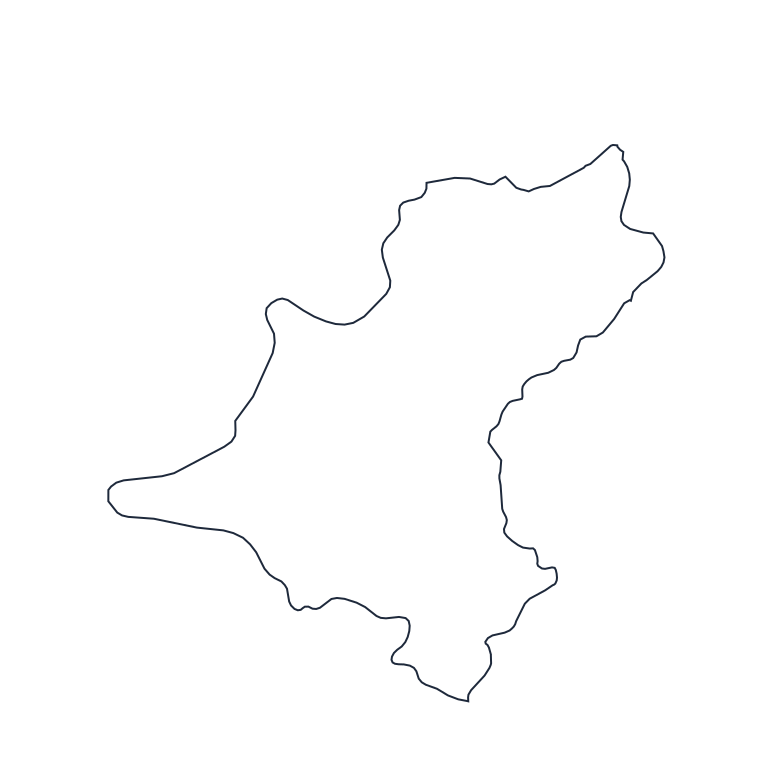 an SVG outline of Son La, rotated 284°
{"feature_id": "VNM-455", "entity_name": "Son La", "entity_type": "Province", "adm_level": 1, "iso_a3": "VNM", "parent_name": "Vietnam", "parent_adm1": "", "projection": "albers", "projection_center": [104.029, 21.308], "detail": "fine", "context": "isolated", "style": "outline", "palette": "slate", "viewbox_px": 768, "rotation_deg": 284, "n_neighbors": 0, "source": "natural_earth", "source_scale": "10m", "svg_char_len": 3221}
<svg xmlns="http://www.w3.org/2000/svg" viewBox="0 0 768 768"><g transform="rotate(284 384 384)"><path d="M403.1,521.5L402.1,519.8L398.8,513.0L397.0,510.5L394.8,509.0L386.0,505.8L382.7,505.3L375.7,505.1L372.8,504.7L370.2,503.4L365.6,499.9L363.5,498.7L352.5,499.5L338.3,516.2L327.0,518.1L323.4,518.0L320.3,518.8L314.1,521.6L291.5,528.9L289.0,530.5L284.4,534.6L281.7,536.1L278.6,536.4L272.3,535.5L268.9,536.7L265.9,540.3L262.7,546.4L260.1,553.1L258.9,558.4L259.6,565.2L260.6,568.4L259.4,570.6L253.1,574.6L249.3,575.9L246.7,576.2L244.8,577.5L243.2,581.9L243.6,585.0L246.7,591.4L246.9,594.1L245.1,595.7L241.7,597.4L238.0,598.7L235.2,599.1L231.8,598.5L230.5,597.6L229.5,596.3L222.8,590.3L210.9,577.3L204.9,573.8L185.8,569.6L182.7,569.4L180.0,568.6L177.6,567.2L175.2,565.5L171.9,561.2L166.3,550.1L162.6,546.3L158.3,544.7L156.7,545.5L155.8,547.6L153.6,549.6L147.3,553.2L146.7,553.3L138.9,555.5L137.2,555.5L134.0,555.0L125.4,552.1L108.0,542.6L103.0,541.1L100.3,541.4L96.5,542.5L96.5,542.4L96.5,541.4L96.0,532.3L97.3,521.4L101.1,509.1L102.3,497.4L103.7,492.8L106.5,489.0L113.1,484.9L115.8,481.7L117.0,477.2L116.7,471.1L115.6,466.0L115.2,462.3L115.9,459.7L118.2,458.0L121.4,457.7L125.4,458.7L129.3,461.1L133.6,464.7L138.7,467.1L144.2,468.2L150.4,468.3L155.7,467.4L160.0,465.3L162.1,461.6L161.6,454.9L157.1,442.6L156.3,437.4L157.1,432.8L163.0,419.7L165.2,410.3L166.0,397.7L165.0,390.1L162.7,385.0L151.4,376.0L149.3,372.6L148.7,369.0L149.7,364.5L148.8,361.1L146.9,359.4L144.7,357.8L143.6,355.1L144.1,351.6L146.6,347.4L150.0,344.6L161.9,339.4L164.9,336.4L167.6,332.2L169.2,324.8L171.4,319.1L175.9,312.7L189.8,300.7L196.0,292.9L200.7,284.4L202.9,273.9L203.1,263.5L199.4,237.2L197.6,193.3L193.2,168.0L193.1,161.6L194.7,156.3L203.5,144.9L214.5,142.2L218.5,144.0L223.5,148.1L227.5,154.7L240.8,190.9L246.7,201.9L284.5,244.2L291.2,249.9L297.7,252.1L303.2,251.1L312.2,248.6L340.1,260.0L387.1,268.5L397.5,268.0L406.2,265.1L417.9,255.2L423.3,252.4L429.2,251.8L435.2,255.1L440.0,260.0L442.3,264.6L442.2,270.3L435.8,288.1L432.5,300.0L430.7,312.6L430.5,322.5L432.1,331.4L435.9,339.4L444.7,348.5L472.0,364.4L479.3,366.3L485.8,365.1L506.4,352.3L513.8,349.4L520.4,349.3L527.0,351.7L535.5,356.8L541.9,359.4L547.1,359.7L556.4,356.6L560.9,356.5L564.7,358.8L567.8,363.6L570.3,369.0L574.4,375.0L579.4,377.3L583.8,377.9L589.5,376.6L601.1,402.7L604.2,417.8L603.1,436.1L603.7,439.8L605.1,442.5L610.4,446.7L614.5,451.7L606.4,464.9L605.9,470.0L606.1,472.4L605.9,477.8L609.5,482.3L613.2,488.4L616.3,497.1L642.1,525.5L644.5,526.8L647.4,531.0L670.0,546.4L671.3,548.3L672.0,552.6L670.7,553.1L668.4,556.4L667.1,560.0L659.4,561.2L658.1,563.1L653.5,567.5L647.6,571.0L641.7,573.1L635.4,574.1L608.4,572.8L603.4,573.3L599.4,575.0L596.4,578.4L594.0,585.3L593.7,599.0L595.2,608.7L585.1,620.4L580.5,623.0L574.7,625.5L569.6,625.8L564.7,624.7L559.7,622.2L548.6,613.9L543.8,609.4L533.5,603.5L524.5,603.4L524.8,602.1L520.4,597.5L502.8,591.6L486.9,583.9L481.7,578.6L478.8,568.3L474.6,563.7L468.3,563.0L461.2,563.2L455.0,561.3L452.7,558.9L450.1,553.2L448.5,550.7L446.1,549.1L441.3,547.3L438.7,545.5L434.6,540.6L429.7,530.5L426.0,525.5L423.7,523.5L421.0,521.6L417.9,520.1L415.1,519.2L412.2,519.4L405.3,521.4L403.1,521.5Z" fill="none" stroke="#1e293b" stroke-width="2"/></g></svg>